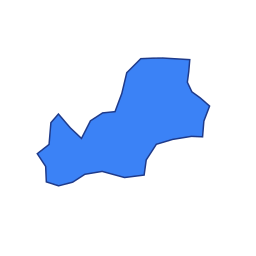 the district of Kato Koutrafas, Nicosia, Cyprus, rotated 216°
{"feature_id": "46923920B53882202230946", "entity_name": "Kato Koutrafas", "entity_type": "district", "adm_level": 2, "iso_a3": "CYP", "parent_name": "Cyprus", "parent_adm1": "Nicosia", "projection": "orthographic", "projection_center": [32.996, 35.097], "detail": "fine", "context": "isolated", "style": "filled", "palette": "blue", "viewbox_px": 256, "rotation_deg": 216, "n_neighbors": 0, "source": "geoboundaries", "source_scale": "gbopen_adm2", "svg_char_len": 566}
<svg xmlns="http://www.w3.org/2000/svg" viewBox="0 0 256 256"><g transform="rotate(216 128 128)"><path d="M162.4,36.4L150.2,40.4L140.9,51.7L135.7,65.2L123.4,77.7L101.7,85.9L87.3,99.4L94.5,112.9L95.5,131.5L85.2,145.0L71.8,158.5L62.5,164.7L70.7,178.2L74.9,193.7L87.2,194.8L97.6,194.8L106.9,199.9L112.0,209.3L118.2,219.6L140.9,205.1L149.2,198.9L158.4,191.6L161.5,172.0L153.3,152.3L148.1,133.6L157.4,125.3L162.6,111.8L159.5,92.2L174.9,94.2L192.5,98.4L193.5,87.0L182.2,68.3L186.3,53.9L172.0,48.5L162.4,36.4Z" fill="#3b82f6" stroke="#1e3a8a" stroke-width="1.5"/></g></svg>